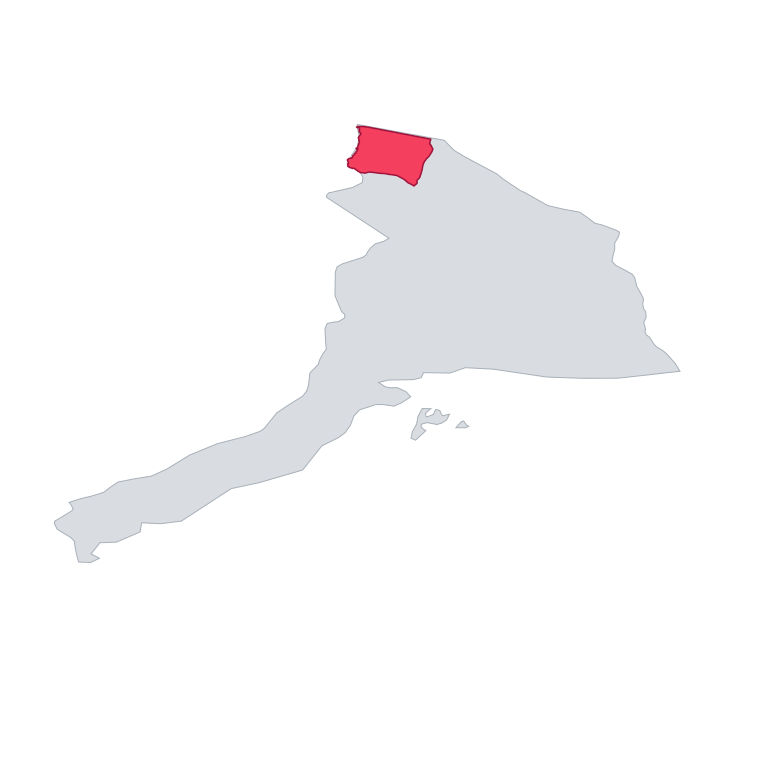 location of Omhajer, Gash Barka, Eritrea, rotated 105°
{"feature_id": "51966322B84792340140154", "entity_name": "Omhajer", "entity_type": "district", "adm_level": 2, "iso_a3": "ERI", "parent_name": "Eritrea", "parent_adm1": "Gash Barka", "projection": "equal_earth", "projection_center": [36.816, 14.649], "detail": "fine", "context": "in_parent", "style": "filled", "palette": "rose", "viewbox_px": 768, "rotation_deg": 105, "n_neighbors": 0, "source": "geoboundaries", "source_scale": "gbopen_adm2", "svg_char_len": 7723}
<svg xmlns="http://www.w3.org/2000/svg" viewBox="0 0 768 768"><g transform="rotate(105 384 384)"><path d="M140.2,476.9L137.8,448.0L136.3,428.7L134.6,408.2L133.0,388.9L140.1,377.0L143.4,365.8L151.9,329.3L155.2,322.0L161.9,302.4L162.8,296.8L169.3,272.1L168.7,255.8L167.4,239.3L171.0,229.5L174.2,221.7L173.9,215.1L175.4,199.7L176.4,195.8L180.3,195.6L188.3,197.6L194.2,196.0L201.1,196.0L206.3,195.6L209.4,190.9L213.6,172.9L216.4,169.3L218.5,168.3L224.5,164.9L229.7,159.7L233.8,156.0L235.4,155.2L239.8,154.8L244.2,152.6L246.3,150.0L251.9,148.0L257.3,149.1L261.0,146.9L263.5,145.5L266.2,145.4L268.8,143.3L269.8,140.1L271.5,138.1L275.7,133.5L277.7,130.1L278.6,126.7L279.4,124.0L281.3,119.5L288.7,108.1L295.1,101.4L317.7,159.1L327.0,193.2L335.2,228.8L341.4,282.4L347.2,309.7L356.4,323.2L362.8,348.7L368.2,349.7L372.2,356.7L379.0,380.7L383.9,389.6L386.4,382.0L386.1,377.5L384.1,370.1L385.8,360.6L389.5,354.9L398.1,362.7L402.8,368.6L404.2,380.4L406.2,386.9L415.2,400.8L422.8,404.8L432.6,405.8L440.8,408.8L447.4,413.9L459.8,428.0L488.1,440.3L511.1,478.2L524.6,504.5L568.9,544.3L576.7,563.4L580.8,582.2L590.0,581.3L606.1,601.7L610.8,617.3L623.9,623.0L626.0,613.8L632.4,621.3L635.0,633.0L626.7,637.7L617.6,641.9L616.3,641.7L613.3,647.1L609.0,661.9L604.3,666.2L601.8,666.6L587.3,652.7L585.1,652.0L582.0,654.7L579.8,657.5L573.1,647.0L568.1,637.7L561.2,626.7L554.6,621.7L547.5,615.5L540.4,601.0L533.2,585.0L522.6,572.0L502.8,553.2L484.7,529.4L470.7,504.5L461.8,491.5L458.0,488.2L439.6,480.1L426.7,468.7L416.8,459.4L410.8,456.9L404.9,456.6L392.4,458.4L382.0,452.5L377.6,452.5L370.6,450.8L365.2,448.7L358.8,451.2L345.6,455.4L340.2,454.5L337.3,448.7L335.5,444.2L330.9,439.5L327.2,439.5L325.1,443.7L311.4,454.2L288.4,460.0L282.9,459.6L278.8,455.4L267.2,437.4L263.8,434.5L261.2,434.2L255.8,432.1L250.8,428.6L246.3,421.2L241.9,417.0L237.1,431.5L228.8,456.7L224.3,470.3L218.6,487.8L216.8,488.3L213.8,487.0L202.3,465.3L195.1,457.1L189.7,457.9L185.7,461.9L183.3,469.1L180.6,473.7L177.7,475.4L171.4,474.5L161.8,471.1L151.8,471.8L141.6,476.8L140.2,476.9ZM410.1,332.3L413.2,337.6L415.4,337.1L417.1,335.3L418.2,331.5L430.1,339.0L429.4,343.9L422.4,344.2L414.2,342.1L406.7,342.8L397.8,340.7L395.7,332.3L401.4,336.3L404.3,335.3L404.8,334.2L400.8,328.6L395.1,327.4L395.4,323.0L398.0,321.2L399.5,319.0L396.2,312.9L402.7,314.3L406.7,318.0L409.4,322.3L410.1,332.3ZM405.1,293.6L407.6,303.2L400.3,299.5L399.1,297.5L402.3,293.7L402.9,291.3L405.1,293.6Z" fill="#d9dde1" stroke="#a8b0b8" stroke-width="1"/><path d="M171.5,402.6L171.2,402.6L170.5,402.8L170.1,402.8L169.1,402.6L168.5,402.7L168.1,402.7L167.8,402.7L167.4,402.7L166.7,402.6L166.1,402.7L165.0,402.8L163.6,403.0L162.1,403.0L160.2,402.8L159.5,402.7L159.3,402.7L159.1,402.6L158.7,402.5L158.0,402.3L157.3,401.9L157.0,401.8L156.3,401.6L156.0,401.5L155.3,401.2L154.5,400.7L154.0,400.3L153.8,400.3L153.3,400.0L153.1,399.9L152.8,399.7L152.6,399.6L151.9,399.3L150.5,398.9L150.1,398.8L148.7,398.3L148.4,398.1L148.0,398.0L147.6,398.0L147.3,397.9L146.7,397.8L144.9,397.6L144.2,397.7L144.1,397.8L144.1,398.0L143.9,398.1L143.7,398.3L143.3,398.7L143.2,398.8L142.9,398.9L142.6,399.1L142.5,399.3L142.3,399.5L142.2,399.6L142.0,399.9L141.8,400.0L141.7,400.0L141.4,400.4L141.3,400.5L141.2,400.8L140.8,401.0L140.7,401.0L140.6,401.3L140.5,401.5L140.3,401.6L140.3,402.0L140.2,402.0L139.9,402.1L139.7,402.2L139.4,402.1L139.2,402.2L138.6,402.2L138.4,402.2L135.4,402.2L135.4,402.8L135.5,403.0L135.5,403.6L135.7,405.4L135.7,407.0L135.8,407.4L135.8,408.7L136.0,410.0L136.0,410.6L136.3,413.9L136.3,414.2L136.3,414.6L136.4,415.5L136.4,416.2L136.5,417.2L136.6,418.1L136.6,418.8L136.7,419.4L136.7,420.5L136.8,421.3L136.9,421.9L136.9,422.2L136.9,422.7L137.0,423.8L137.1,425.3L137.1,425.9L137.2,426.5L137.2,427.4L137.3,428.0L137.4,429.3L137.5,429.8L137.8,435.4L138.0,438.7L138.1,439.5L138.1,440.2L138.2,440.9L138.2,441.5L138.4,443.0L138.4,443.9L138.5,444.6L138.7,447.2L138.7,447.6L138.8,449.1L138.9,449.5L138.9,449.9L138.9,450.3L138.9,450.7L139.2,453.8L139.2,454.5L139.3,455.8L139.3,456.5L139.4,457.4L139.5,458.7L139.6,459.1L139.6,460.2L139.7,461.5L139.8,462.7L139.9,464.1L140.0,465.5L140.1,466.3L140.2,467.0L140.3,468.6L140.4,468.9L140.4,469.2L140.7,470.2L140.8,471.3L141.1,472.1L141.2,472.7L141.4,473.6L141.5,473.9L141.5,474.2L141.7,474.6L141.8,475.2L142.0,475.5L142.3,476.1L142.9,476.9L143.0,476.8L143.0,476.7L143.2,476.4L143.3,476.1L143.4,475.7L143.2,475.5L143.1,475.4L143.0,475.2L142.8,475.1L142.7,474.6L142.6,474.4L142.6,474.2L142.8,474.1L143.0,474.1L143.4,473.9L143.6,473.8L144.0,473.6L144.3,473.5L144.6,473.4L144.8,473.6L144.9,473.8L145.1,474.0L145.3,473.9L145.5,473.7L145.7,473.4L145.8,473.4L146.0,473.4L146.1,473.1L146.3,472.9L146.5,472.9L146.7,473.0L146.8,473.0L147.0,473.1L147.1,472.9L147.4,472.3L147.6,472.0L147.7,471.8L147.7,471.4L147.9,471.1L148.3,470.9L148.5,471.1L148.6,471.3L148.8,471.4L149.1,471.4L149.7,471.6L150.1,471.7L151.8,472.4L152.1,472.4L152.8,472.5L153.0,472.5L153.1,472.4L153.2,472.2L153.5,472.0L154.6,471.3L154.8,471.3L155.1,471.3L155.3,471.3L155.6,471.3L155.9,470.9L156.1,470.6L156.3,470.4L156.9,470.4L157.5,470.4L157.9,470.5L158.4,470.7L158.9,470.7L159.1,470.6L159.4,470.5L159.5,470.4L159.7,470.5L159.8,470.6L160.0,470.7L160.3,470.7L161.0,470.7L161.3,470.8L161.9,470.8L162.1,470.9L162.8,470.8L162.9,470.7L163.0,470.6L163.0,470.8L163.2,471.4L163.3,471.6L163.5,471.4L163.5,471.2L163.6,471.3L163.8,471.7L164.0,471.6L164.1,471.2L164.4,470.9L164.5,470.8L164.7,470.5L164.7,470.3L164.9,470.4L165.2,470.4L165.4,470.5L165.8,470.4L166.2,470.6L166.7,471.0L166.9,471.1L167.4,471.0L168.2,470.9L168.3,471.0L168.4,471.3L168.5,471.6L168.6,471.8L168.8,471.8L169.2,472.1L169.5,472.0L169.8,472.3L170.3,472.3L170.5,472.4L170.8,472.4L171.0,472.6L171.2,472.9L171.7,473.2L172.0,473.2L173.0,473.1L173.3,473.1L173.5,473.2L173.7,473.3L173.8,473.4L173.9,473.6L174.0,474.0L174.2,474.3L174.5,474.3L174.8,475.0L174.9,475.6L175.1,476.0L175.3,476.2L175.6,476.3L175.8,476.4L176.2,476.8L176.3,477.0L176.5,477.2L176.6,477.3L177.1,477.4L177.8,476.9L178.1,476.8L178.3,476.7L178.7,476.1L178.8,475.8L179.0,475.7L179.3,475.6L179.6,475.6L179.9,475.7L180.2,475.9L180.4,476.1L180.7,476.1L180.9,476.2L181.1,476.0L181.4,475.5L181.5,475.5L181.8,475.5L182.1,475.5L182.3,475.5L182.7,475.5L182.8,475.5L183.1,475.1L183.3,474.5L183.2,474.1L183.6,473.8L183.8,473.5L183.8,473.4L183.8,472.8L183.7,472.3L183.7,472.1L183.8,471.4L183.8,471.1L183.8,470.9L184.0,470.6L184.0,470.4L183.8,470.0L183.7,469.8L183.5,469.6L183.5,469.3L183.5,469.0L183.5,468.8L183.6,468.5L183.6,468.2L184.0,467.2L184.1,466.6L184.3,466.4L184.5,466.2L184.6,465.6L184.6,465.3L184.6,465.2L185.0,464.6L185.2,464.2L185.3,464.1L185.3,463.6L185.4,463.0L185.7,462.2L185.9,461.6L186.0,461.5L185.9,461.2L185.6,460.4L185.5,459.9L185.5,459.6L185.4,459.2L185.4,458.0L185.4,457.9L185.4,457.7L185.3,457.3L185.1,456.7L184.9,456.4L184.7,455.9L184.5,455.6L184.4,455.5L183.8,454.5L183.4,453.8L183.0,452.8L183.0,452.3L182.8,451.5L182.5,449.7L182.5,449.3L182.3,448.3L182.1,446.8L182.0,445.9L181.9,444.9L181.9,444.3L181.7,443.6L181.4,441.7L181.3,440.8L181.1,440.3L180.9,439.5L180.6,438.0L180.5,436.9L180.4,436.3L180.4,436.0L180.3,435.5L180.4,434.4L179.8,430.7L179.3,425.4L181.1,417.7L182.9,413.8L183.3,413.2L183.5,412.4L183.5,411.9L183.7,411.5L183.7,411.1L183.8,410.7L184.1,409.3L184.3,408.8L184.3,408.3L184.6,407.5L184.8,406.6L184.9,406.2L184.2,405.8L183.7,405.5L183.1,405.1L182.5,404.6L182.3,404.4L181.7,404.1L181.4,404.1L181.1,404.0L180.8,404.2L180.2,404.5L179.6,404.7L179.5,404.8L179.3,404.8L178.0,404.4L177.6,404.1L177.3,404.0L176.9,403.8L176.5,403.6L176.3,403.4L176.1,403.3L175.8,403.2L175.7,403.2L175.4,403.1L175.2,403.0L175.0,402.9L174.3,402.9L174.0,402.8L173.6,402.8L173.4,402.9L173.2,402.9L172.3,402.8L172.0,402.8L171.7,402.7L171.5,402.6Z" fill="#f43f5e" stroke="#9f1239" stroke-width="1.5"/></g></svg>